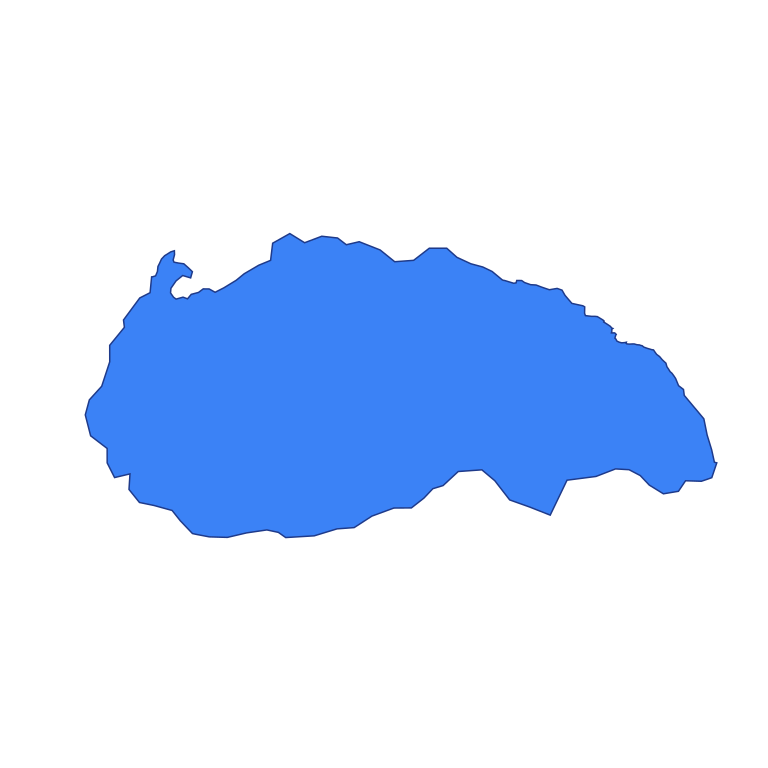 the district of Arsos Lemesou, Limassol, Cyprus, rotated 73°
{"feature_id": "46923920B44205206050617", "entity_name": "Arsos Lemesou", "entity_type": "district", "adm_level": 2, "iso_a3": "CYP", "parent_name": "Cyprus", "parent_adm1": "Limassol", "projection": "natural_earth1", "projection_center": [32.763, 34.84], "detail": "fine", "context": "isolated", "style": "filled", "palette": "blue", "viewbox_px": 768, "rotation_deg": 73, "n_neighbors": 0, "source": "geoboundaries", "source_scale": "gbopen_adm2", "svg_char_len": 2395}
<svg xmlns="http://www.w3.org/2000/svg" viewBox="0 0 768 768"><g transform="rotate(73 384 384)"><path d="M320.2,238.5L320.0,239.1L319.1,240.4L308.0,247.7L301.0,255.3L294.4,265.8L284.2,277.2L272.5,284.3L267.4,301.0L274.4,319.5L270.2,338.0L254.7,348.5L240.7,366.1L239.8,379.3L230.8,385.7L224.5,400.3L225.7,418.6L212.6,430.1L216.8,449.3L232.6,456.3L233.8,469.1L237.7,485.5L241.6,495.0L245.2,509.0L246.9,518.7L242.0,523.4L240.2,529.1L242.2,534.6L241.9,542.1L245.1,547.0L242.2,550.8L242.0,558.0L239.5,559.9L234.5,561.5L230.2,559.8L224.6,552.7L221.4,544.8L226.0,537.9L220.6,534.4L215.7,537.1L210.5,540.3L208.3,545.1L206.1,549.2L203.8,549.4L199.1,546.5L195.3,545.5L195.3,549.3L197.2,556.3L199.5,560.3L202.8,563.2L205.5,565.8L210.2,567.8L213.8,570.8L213.8,574.0L213.6,574.9L228.3,581.0L230.3,592.4L246.6,614.4L253.9,615.7L266.8,635.0L282.6,639.8L303.6,654.6L313.0,670.4L326.2,678.7L347.8,679.7L364.7,667.6L378.5,671.8L394.7,669.0L395.7,653.2L410.3,658.7L425.8,652.5L432.9,639.5L443.0,623.6L455.2,618.8L471.0,610.9L472.6,608.1L479.1,595.8L484.9,578.6L486.2,559.0L489.3,538.7L495.0,528.4L502.1,522.9L508.8,495.1L508.8,471.3L512.6,454.5L506.8,434.2L505.5,410.8L510.5,394.0L504.8,379.2L498.4,367.9L498.4,357.2L489.4,338.6L494.7,315.5L508.9,306.3L531.6,297.7L544.3,280.6L558.0,263.4L529.5,237.1L534.4,208.3L532.9,187.4L537.6,174.7L546.5,165.7L558.2,159.9L570.7,148.9L572.7,133.8L564.7,123.9L569.8,108.9L569.6,102.2L569.4,97.9L556.7,88.8L555.4,90.9L542.8,89.9L527.2,89.9L510.8,88.3L482.7,100.2L476.8,99.2L471.7,102.8L464.1,103.5L461.0,104.4L457.9,105.5L455.8,106.8L453.1,107.5L450.2,108.4L446.5,108.3L444.3,109.6L442.0,110.9L438.4,112.4L435.4,114.6L433.1,115.4L430.2,116.3L429.4,118.0L428.5,119.3L426.8,121.9L424.7,124.7L422.8,126.0L422.2,127.2L421.4,128.1L420.4,130.6L418.8,133.1L418.2,135.2L417.6,137.7L416.6,140.1L415.9,140.6L414.9,140.0L414.8,141.6L414.1,144.7L412.8,146.8L411.1,148.7L408.6,149.2L407.7,149.8L405.2,148.2L404.5,147.4L402.6,148.4L401.6,151.6L400.0,150.6L398.4,150.3L397.8,148.9L397.1,149.8L395.0,150.7L392.4,152.8L388.9,155.8L388.2,155.1L386.8,155.9L381.9,160.3L380.9,162.7L380.0,165.7L377.5,171.4L375.0,171.5L368.9,169.5L367.3,171.0L364.7,175.7L361.8,180.8L352.1,185.0L346.3,186.3L343.2,190.5L342.2,198.3L339.7,201.8L337.3,205.1L333.8,209.6L331.9,214.7L328.1,219.9L325.3,222.1L323.8,226.8L325.9,228.1L325.6,230.5L320.2,238.5Z" fill="#3b82f6" stroke="#1e3a8a" stroke-width="1.5"/></g></svg>